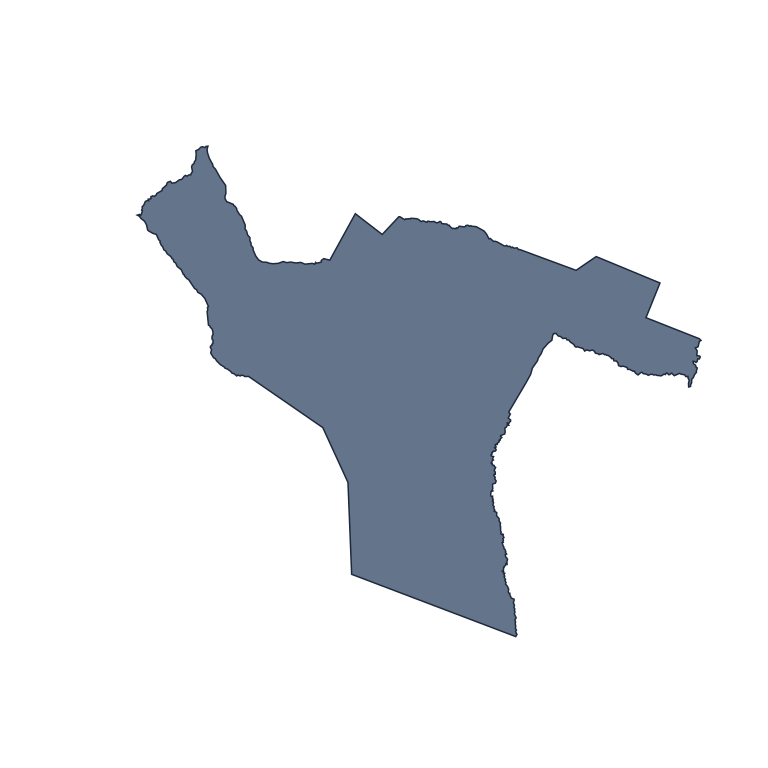 the district of San Rafael, Mendoza, Argentina, rotated 20°
{"feature_id": "61730980B42121604183922", "entity_name": "San Rafael", "entity_type": "district", "adm_level": 2, "iso_a3": "ARG", "parent_name": "Argentina", "parent_adm1": "Mendoza", "projection": "orthographic", "projection_center": [-69.079, -35.05], "detail": "fine", "context": "isolated", "style": "filled", "palette": "slate", "viewbox_px": 768, "rotation_deg": 20, "n_neighbors": 0, "source": "geoboundaries", "source_scale": "gbopen_adm2", "svg_char_len": 6156}
<svg xmlns="http://www.w3.org/2000/svg" viewBox="0 0 768 768"><g transform="rotate(20 384 384)"><path d="M391.0,212.5L390.0,212.9L388.4,212.2L383.6,213.5L381.9,212.1L381.0,212.1L379.4,214.0L377.8,214.6L375.5,214.1L372.3,215.6L370.1,215.8L369.3,216.2L369.1,217.3L365.0,217.3L363.2,218.7L360.1,217.5L358.0,217.5L352.5,219.1L352.1,219.9L350.1,220.4L349.3,221.2L348.0,221.3L347.2,222.5L341.8,221.4L340.7,221.8L331.2,244.1L298.8,233.8L290.7,286.2L284.5,286.8L282.8,289.3L283.4,290.9L279.5,293.5L278.1,293.1L277.9,295.1L275.3,295.2L268.8,298.4L264.2,298.2L260.1,300.3L254.4,301.4L251.2,303.2L247.4,303.4L243.5,306.7L238.7,308.9L234.8,309.8L232.2,309.7L228.1,311.0L223.8,310.3L219.6,307.5L215.2,302.8L214.4,300.8L211.8,299.2L210.6,296.7L209.0,295.3L208.0,292.3L205.0,290.7L202.5,287.2L200.5,286.0L199.2,282.1L192.7,275.1L190.2,274.1L186.3,271.0L185.5,269.5L183.4,268.0L181.8,267.7L181.0,266.7L173.7,266.4L171.1,264.0L170.4,262.0L170.2,258.8L167.3,251.6L159.2,245.9L152.2,239.8L148.8,238.0L148.0,236.3L142.6,231.6L139.0,227.0L137.5,224.0L137.2,220.7L135.5,221.6L134.9,223.0L132.2,223.1L130.8,224.2L129.6,226.9L127.4,229.2L129.0,232.5L130.4,238.0L129.8,240.3L130.1,241.8L128.9,243.5L128.9,245.8L131.4,249.8L130.7,252.3L130.9,253.5L129.1,254.3L127.9,256.0L126.0,255.9L125.1,257.3L124.0,260.9L121.8,262.1L119.4,265.9L116.2,267.8L113.9,266.6L111.5,268.7L111.5,271.6L108.9,276.2L109.2,278.1L105.3,282.7L105.3,284.3L104.2,285.8L103.6,286.4L102.3,286.3L100.9,287.7L101.6,289.6L99.2,291.0L100.1,292.2L99.2,292.3L97.3,294.0L97.0,298.5L96.1,300.1L96.9,301.7L96.8,303.6L97.8,304.0L97.9,307.8L97.6,308.7L96.4,308.2L94.4,309.7L96.7,310.0L98.9,311.5L103.4,313.0L106.4,315.7L109.2,320.1L110.2,320.6L115.2,321.5L118.9,321.3L122.9,325.5L124.8,326.3L125.0,327.5L127.4,329.9L128.8,330.5L131.3,333.2L133.2,333.6L135.8,335.8L140.0,337.1L142.1,338.8L143.0,338.8L144.9,341.1L146.9,341.6L149.5,344.3L154.5,346.0L157.9,349.6L158.7,349.5L159.6,350.7L163.0,352.5L164.4,352.5L173.4,359.1L175.5,359.4L177.8,361.6L181.4,362.1L186.3,364.8L192.6,371.3L191.9,372.4L193.1,374.7L192.9,376.2L198.9,388.7L200.5,389.0L201.5,390.2L203.4,390.9L205.4,393.5L206.5,396.3L206.1,397.1L206.3,398.8L207.1,400.7L208.6,401.6L209.3,404.7L208.7,405.5L209.0,406.6L208.0,407.8L208.3,409.0L210.2,410.7L210.5,414.1L214.8,417.6L216.9,418.0L218.8,419.5L223.7,421.8L227.8,422.6L229.2,423.5L231.7,423.5L235.3,424.5L237.5,425.8L239.6,425.6L242.9,426.8L243.8,425.5L246.1,425.7L247.0,424.4L249.4,424.2L250.6,424.6L254.2,423.2L341.4,445.9L383.8,488.8L418.7,573.9L594.2,576.3L594.6,573.8L592.4,571.8L592.6,569.8L591.1,568.9L590.7,566.7L589.2,564.1L589.0,562.5L587.6,560.8L588.2,558.6L585.1,555.4L585.1,553.5L583.9,552.0L583.9,550.7L582.3,549.3L582.4,547.5L580.4,545.4L580.2,542.3L579.7,541.7L576.8,541.6L573.9,538.5L573.9,537.7L573.1,537.9L571.9,536.9L571.3,534.1L569.1,531.8L566.6,530.4L566.6,528.8L564.8,527.2L565.1,526.2L562.8,524.2L563.2,523.3L561.8,521.8L562.2,520.6L560.7,520.6L560.7,519.6L559.2,519.4L560.1,518.7L559.3,516.1L559.6,515.5L559.1,515.1L560.4,512.5L559.9,511.1L561.3,511.2L560.4,509.4L560.0,506.3L557.3,504.6L556.3,502.9L557.4,501.8L555.7,500.7L555.7,499.7L554.0,497.8L553.1,497.8L552.3,496.0L551.5,495.6L549.3,492.7L550.2,492.0L549.5,491.4L549.8,490.3L548.6,488.6L549.3,487.4L547.6,485.5L547.6,484.6L546.8,484.4L545.8,485.2L544.8,484.5L544.8,483.0L543.8,482.2L542.2,477.8L541.3,476.9L541.1,474.9L539.0,473.3L538.2,471.1L534.9,469.3L533.9,466.2L531.0,465.8L531.3,464.6L529.5,463.2L529.5,461.6L527.8,460.7L527.5,457.9L526.1,457.3L526.6,456.5L525.6,455.8L526.0,454.9L525.2,454.4L524.4,452.3L523.3,453.1L522.2,451.9L521.4,448.5L522.9,447.2L521.8,446.7L522.0,445.1L520.4,441.4L520.6,440.5L522.6,439.1L522.6,436.8L520.6,435.3L520.4,433.6L518.4,432.4L518.5,431.0L519.4,430.8L518.7,428.7L517.1,427.6L517.4,424.2L515.8,423.7L515.4,422.9L513.2,422.9L512.8,421.5L511.7,421.6L512.1,418.9L512.8,418.0L511.6,417.4L511.8,414.7L509.5,415.0L508.8,414.1L509.5,412.8L508.8,411.9L509.5,411.1L509.5,409.9L511.3,409.2L511.9,408.2L511.7,407.1L509.7,406.0L510.9,404.8L509.3,403.3L509.5,402.6L511.1,402.0L510.7,401.1L512.0,398.9L511.4,397.5L512.4,396.9L512.0,396.0L513.0,393.9L511.3,393.2L511.2,392.6L514.5,389.7L514.3,387.7L512.6,384.0L513.7,382.7L513.9,380.5L515.1,380.1L513.4,379.2L513.2,378.4L514.8,378.5L514.9,376.9L515.7,375.9L515.3,374.5L512.4,373.5L513.0,369.0L511.0,368.0L510.9,367.2L517.1,333.9L518.5,324.9L518.0,318.3L520.3,309.7L520.1,306.7L521.3,301.9L521.5,296.6L524.3,289.5L526.8,285.5L525.9,280.8L526.1,278.8L528.2,277.6L531.4,279.3L533.9,279.0L536.4,280.1L539.3,278.7L540.9,280.0L542.8,279.5L544.5,280.8L549.2,282.0L550.0,283.1L551.9,283.7L552.8,282.9L559.0,282.6L561.3,284.4L562.9,282.6L566.0,282.5L568.0,280.8L570.2,281.1L572.1,282.7L575.5,282.3L576.1,282.8L579.2,280.5L581.3,281.0L582.3,280.4L583.1,280.8L585.2,280.5L588.7,281.7L589.1,282.3L591.0,281.8L592.1,283.6L594.5,282.9L596.6,284.1L598.2,286.5L600.7,286.6L602.3,285.5L606.7,285.3L607.9,286.9L609.7,286.3L613.9,286.8L615.0,286.3L616.3,287.6L619.1,288.6L619.7,288.5L621.4,285.5L622.6,284.7L624.0,285.6L627.6,285.0L629.3,285.5L631.1,283.8L633.0,283.1L634.6,283.3L636.3,282.3L637.4,282.6L641.8,281.5L643.8,278.9L645.2,278.9L645.5,277.2L646.9,277.0L648.1,277.9L649.1,277.6L650.6,275.4L653.9,276.9L658.3,272.8L659.8,273.2L663.3,272.5L665.0,273.8L667.0,272.9L667.6,274.4L669.5,276.0L669.9,279.3L671.3,282.6L672.9,281.5L672.4,279.7L672.7,277.6L671.5,274.4L672.5,272.2L672.6,269.1L673.6,266.1L673.1,265.1L672.9,261.8L671.6,261.5L670.4,259.8L667.9,259.1L666.7,257.0L668.2,256.6L669.8,257.1L670.6,255.6L670.1,253.1L671.7,252.7L672.0,251.2L671.8,250.2L671.0,249.8L668.2,250.3L667.0,245.8L664.2,243.6L666.4,241.6L665.8,236.2L667.0,234.6L664.8,233.6L607.5,232.1L608.8,194.7L539.8,191.7L525.6,211.5L465.5,211.2L464.5,211.7L462.6,210.5L459.6,211.9L457.9,211.4L457.1,212.3L455.1,211.5L453.5,212.4L451.8,211.8L450.9,212.9L449.6,213.1L441.9,211.8L439.3,211.9L438.3,212.6L434.1,210.9L433.0,211.7L429.0,208.0L425.7,206.0L416.9,204.6L412.2,205.8L411.5,205.5L410.6,206.4L408.5,206.1L406.8,207.1L406.7,208.0L405.6,208.9L400.7,210.0L400.0,212.1L398.6,212.5L398.5,213.6L396.3,213.8L395.5,214.5L392.6,213.7L391.0,212.5Z" fill="#64748b" stroke="#1e293b" stroke-width="1.5"/></g></svg>